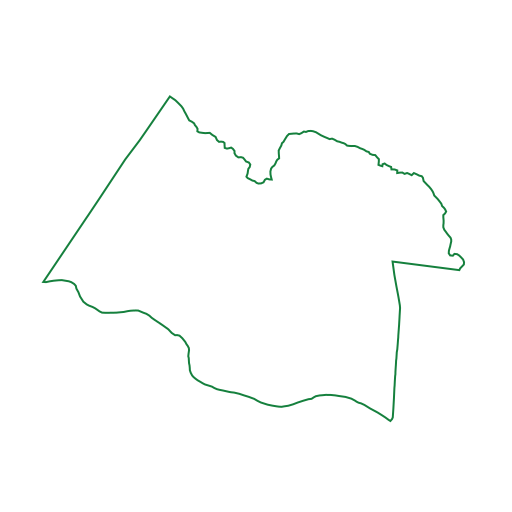 outline of Serra do Ramalho, Bahia, Brazil, rotated 98°
{"feature_id": "56859067B22034188427708", "entity_name": "Serra do Ramalho", "entity_type": "district", "adm_level": 2, "iso_a3": "BRA", "parent_name": "Brazil", "parent_adm1": "Bahia", "projection": "robinson", "projection_center": [-43.699, -13.494], "detail": "fine", "context": "isolated", "style": "outline", "palette": "green", "viewbox_px": 512, "rotation_deg": 98, "n_neighbors": 0, "source": "geoboundaries", "source_scale": "gbopen_adm2", "svg_char_len": 4290}
<svg xmlns="http://www.w3.org/2000/svg" viewBox="0 0 512 512"><g transform="rotate(98 256 256)"><path d="M241.7,52.7L239.8,52.1L237.5,50.4L235.5,49.0L233.2,49.1L230.7,50.4L228.8,52.7L227.2,54.9L226.2,57.1L226.3,59.8L228.3,61.1L228.4,63.8L226.5,65.5L223.9,65.7L221.5,65.4L219.6,65.1L216.7,64.9L214.3,64.7L212.5,65.0L210.8,65.9L208.9,68.1L207.2,69.9L205.8,71.2L203.8,73.2L201.5,74.5L199.3,74.8L197.6,74.8L195.0,75.1L191.5,75.9L189.4,76.2L187.5,74.7L185.5,73.9L183.4,75.3L182.0,76.7L180.7,78.6L178.4,79.8L176.3,81.9L174.3,84.0L172.9,85.8L171.3,87.9L169.3,88.9L167.7,89.9L165.5,91.8L163.3,94.2L161.7,96.4L160.4,98.0L158.5,100.4L155.3,101.6L153.9,103.0L153.7,105.5L152.8,108.0L151.9,111.2L154.3,113.1L153.3,116.0L152.8,117.9L154.0,120.3L153.0,122.7L153.4,125.1L154.2,127.7L151.6,128.0L151.0,130.8L151.4,133.9L149.0,134.6L148.6,136.5L147.7,139.4L146.5,141.5L147.5,143.4L149.5,143.4L149.2,145.4L148.7,147.4L145.6,147.5L143.0,147.8L141.3,150.0L139.5,151.9L139.6,154.7L138.9,157.5L137.3,158.8L137.0,161.2L135.8,163.6L135.2,165.7L134.8,167.9L133.8,170.6L133.3,173.5L133.8,176.6L134.0,179.1L134.0,181.2L132.7,183.1L132.1,184.9L131.8,187.1L131.3,189.1L131.1,191.6L129.9,194.4L129.2,197.0L130.0,199.4L129.3,201.8L128.5,204.9L127.4,208.5L126.4,210.8L125.1,213.8L124.5,216.9L124.5,219.1L125.0,221.7L126.2,223.8L126.1,225.9L128.0,228.1L129.3,230.2L129.0,232.7L129.4,235.3L130.0,237.8L130.6,240.3L132.9,242.0L136.5,243.6L139.2,244.7L140.7,246.0L143.1,246.3L145.9,247.4L148.4,248.2L151.3,247.7L153.9,247.1L156.1,246.7L157.7,248.3L159.5,249.1L161.6,249.6L163.8,250.5L165.5,252.2L167.3,253.2L170.3,253.5L173.2,253.0L175.5,252.2L178.1,251.1L178.3,253.4L177.9,256.1L179.3,257.8L182.0,258.8L183.4,261.1L183.9,263.7L183.5,265.6L182.0,267.8L181.8,270.1L181.0,272.1L180.0,275.1L178.8,276.5L175.5,275.8L172.9,275.8L170.7,275.7L168.8,274.6L166.2,274.4L164.4,276.1L163.8,279.0L162.0,280.8L160.5,282.5L160.2,284.6L160.8,287.2L159.4,289.9L157.2,291.6L155.0,291.9L153.1,293.8L152.1,295.7L153.0,297.7L153.7,299.7L153.3,302.0L150.9,302.5L148.5,302.9L147.6,304.4L147.6,306.5L148.1,308.5L146.6,310.8L143.7,312.6L142.2,316.1L140.5,318.9L141.4,323.3L141.5,325.6L141.5,329.4L140.7,331.4L138.2,331.6L136.5,332.9L134.8,334.8L133.3,335.7L132.0,338.1L131.0,341.0L129.1,342.4L127.4,343.6L125.0,345.3L122.8,347.0L120.2,348.7L118.1,350.7L115.1,354.6L113.0,357.5L110.0,363.5L147.5,382.2L157.8,387.4L178.5,398.9L221.6,419.4L239.4,428.0L241.8,429.2L311.3,463.0L311.1,460.3L309.8,456.8L308.6,452.8L307.6,448.6L306.9,445.0L307.1,437.8L307.6,435.3L309.0,432.2L310.6,430.3L313.3,429.3L316.6,426.8L320.6,424.6L325.3,420.6L327.5,416.9L328.4,414.4L329.2,410.8L330.2,408.0L331.4,405.6L332.6,403.3L333.5,400.6L333.2,397.0L331.6,386.7L330.7,382.9L329.8,379.1L328.5,375.5L327.7,372.8L327.1,369.9L326.7,367.6L326.4,365.1L327.0,362.8L327.8,359.8L328.5,356.5L329.9,353.3L331.7,350.7L333.6,347.0L337.6,338.7L340.8,332.6L343.9,328.8L345.7,325.1L345.3,323.1L345.5,320.7L347.7,317.5L350.9,314.1L353.1,312.5L354.4,311.2L356.5,309.7L358.6,309.2L362.1,309.2L364.7,309.1L366.4,308.4L369.0,307.9L371.4,307.4L373.6,306.6L376.1,306.0L378.3,305.6L380.7,304.4L383.2,302.6L384.5,301.1L385.9,298.9L387.2,296.5L388.4,293.5L389.4,291.2L390.3,288.7L390.9,284.9L391.5,281.4L392.5,279.0L393.3,276.2L393.6,273.6L393.8,269.9L394.3,264.0L394.4,261.9L394.3,258.6L394.6,255.4L394.8,253.3L395.7,248.5L396.5,243.5L397.2,240.4L397.7,238.0L399.2,234.4L400.4,230.8L401.6,223.8L401.9,219.1L402.0,214.9L402.0,212.5L401.8,209.7L401.0,207.3L399.8,203.2L397.7,198.6L395.3,194.3L392.8,189.2L390.5,184.1L389.7,181.1L387.9,179.1L386.5,177.2L385.2,173.5L384.6,170.8L383.8,167.5L383.5,165.0L383.2,162.6L383.0,158.1L383.1,154.3L383.1,147.8L384.0,141.7L385.4,137.9L386.3,136.1L387.0,134.0L387.3,131.5L388.4,127.9L391.1,121.8L394.1,113.7L396.3,108.8L397.9,105.4L399.8,101.9L400.7,100.0L398.6,98.6L396.8,98.1L388.4,98.7L377.7,99.6L369.4,100.4L367.2,100.6L365.1,100.7L360.7,101.1L355.6,101.5L353.7,101.5L351.3,101.8L347.5,102.1L344.6,102.3L342.2,102.5L340.2,102.7L338.0,102.7L334.1,103.0L331.7,103.2L328.9,103.1L323.6,103.4L319.2,103.7L316.9,103.8L315.0,104.0L312.0,104.2L304.5,104.7L297.2,105.3L295.0,105.5L287.4,106.1L284.8,106.7L281.3,107.8L277.2,109.1L273.9,110.2L266.3,112.8L261.4,114.4L259.3,115.1L255.6,116.3L242.5,120.0L241.7,52.7Z" fill="none" stroke="#15803d" stroke-width="2"/></g></svg>